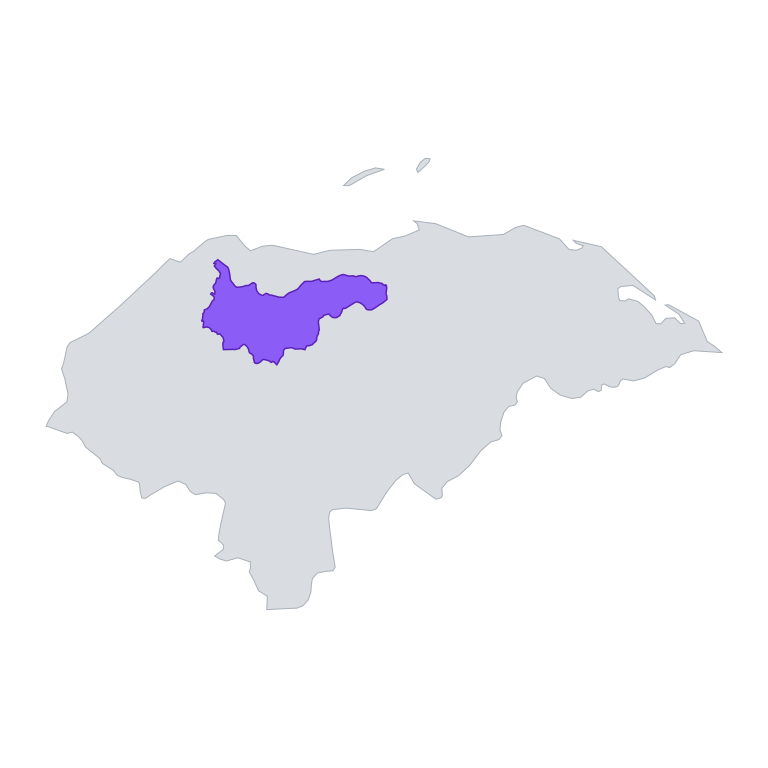 Yoro highlighted on a map of Honduras
{"feature_id": "HND-643", "entity_name": "Yoro", "entity_type": "Department", "adm_level": 1, "iso_a3": "HND", "parent_name": "Honduras", "parent_adm1": "", "projection": "natural_earth1", "projection_center": [-87.221, 15.309], "detail": "fine", "context": "in_parent", "style": "filled", "palette": "violet", "viewbox_px": 768, "rotation_deg": 0, "n_neighbors": 0, "source": "natural_earth", "source_scale": "10m", "svg_char_len": 6609}
<svg xmlns="http://www.w3.org/2000/svg" viewBox="0 0 768 768"><path d="M721.9,352.6L693.9,350.7L680.7,354.7L674.9,363.5L669.9,367.5L665.8,366.6L657.4,370.1L644.7,378.0L633.3,380.9L623.1,379.0L620.2,381.0L619.4,383.6L617.9,386.1L613.9,387.4L609.4,386.7L604.3,383.9L601.6,385.1L601.3,390.3L598.5,391.6L593.3,389.2L587.5,391.1L580.9,397.2L571.8,398.5L560.0,395.0L550.8,388.3L544.3,378.5L536.6,376.0L523.0,383.3L517.3,391.9L516.1,397.1L517.4,401.8L515.0,405.0L508.7,406.5L503.9,412.3L500.6,422.4L500.0,430.1L502.0,435.6L498.8,439.6L490.6,442.1L480.8,450.8L469.6,465.5L458.4,475.8L447.3,481.6L441.9,488.1L442.3,495.2L441.6,497.4L439.5,498.3L435.9,499.2L414.4,483.8L408.2,473.0L402.9,474.6L396.1,480.1L386.6,492.2L376.4,508.7L371.5,510.6L346.1,508.1L332.6,509.6L329.9,511.8L328.6,517.8L329.4,525.9L333.1,555.0L335.2,567.0L333.1,570.7L326.3,571.3L317.4,573.0L312.5,578.4L311.4,584.1L310.9,592.0L308.1,600.1L302.6,606.0L297.1,608.1L266.8,609.6L267.3,596.2L258.5,590.7L253.5,579.5L249.2,571.9L250.6,567.3L250.2,561.9L237.9,557.8L226.3,561.0L219.6,558.9L214.7,556.0L223.2,549.4L223.7,545.3L221.0,542.4L218.3,540.4L219.1,532.9L220.8,524.0L225.5,503.3L223.8,499.7L216.1,493.4L206.3,492.8L195.5,494.7L190.3,491.5L185.7,484.4L178.1,481.0L164.4,486.7L150.0,495.3L145.5,498.4L141.9,498.0L140.2,491.6L139.5,483.9L138.6,482.1L130.9,479.4L121.9,477.4L117.4,475.3L113.0,470.1L102.3,463.4L99.9,458.5L85.5,447.1L82.6,441.5L79.3,437.4L72.4,432.1L67.0,433.4L48.8,426.9L46.1,426.3L48.6,420.6L54.4,411.7L66.9,401.9L68.0,394.0L64.8,378.7L61.5,368.8L63.3,364.4L67.2,346.6L70.2,342.5L88.4,333.5L90.0,332.3L104.3,319.7L120.2,305.7L136.7,290.3L155.1,273.1L165.2,263.0L169.9,258.6L180.5,262.2L188.8,254.1L193.6,251.3L204.9,241.6L208.3,239.4L227.2,235.4L236.3,235.5L244.2,245.4L250.5,250.8L262.4,246.2L272.4,245.2L313.6,254.4L329.9,250.3L360.0,249.4L373.5,251.7L392.5,238.7L404.8,236.1L419.2,230.0L417.2,223.7L413.8,220.9L435.7,223.7L468.4,236.9L503.2,234.5L515.7,227.4L523.8,225.3L559.5,238.9L568.9,249.3L576.2,250.3L581.9,248.0L583.4,245.8L576.4,243.5L573.2,240.3L601.3,246.7L654.4,295.9L655.5,300.0L632.9,285.4L620.9,286.5L617.8,288.8L618.5,296.8L619.6,300.5L624.8,301.0L628.5,298.8L637.9,301.4L644.1,306.7L651.6,314.8L656.1,323.6L661.0,323.7L665.7,318.4L674.7,317.8L680.6,323.7L684.7,323.4L678.9,314.2L665.2,305.1L668.5,304.7L698.7,321.1L707.3,341.6L714.5,346.3L721.9,352.6ZM366.5,175.7L349.1,185.7L343.6,185.5L351.6,177.8L364.5,171.2L375.4,167.9L384.4,169.3L366.5,175.7ZM426.1,165.1L417.9,172.5L416.4,169.1L420.3,162.3L425.3,158.4L430.2,158.8L429.0,161.7L426.1,165.1Z" fill="#d9dde1" stroke="#a8b0b8" stroke-width="1"/><path d="M217.8,259.7L225.8,265.9L227.6,267.0L228.7,269.4L229.7,273.8L229.9,275.7L230.4,279.6L230.8,280.4L231.1,281.0L235.4,286.5L237.1,287.3L242.0,286.8L246.6,285.4L248.1,285.7L252.4,282.9L252.9,282.7L253.9,282.8L255.8,284.2L256.0,285.5L256.0,287.2L256.6,290.4L257.4,291.7L258.2,292.9L258.8,293.5L259.8,294.2L261.4,295.1L261.9,295.3L262.6,295.4L263.2,295.2L263.8,294.8L264.3,294.4L264.9,294.1L265.5,293.7L266.2,293.4L267.0,293.6L268.3,294.1L269.3,294.9L270.3,295.1L271.4,295.1L279.2,297.2L283.7,297.3L284.2,296.9L285.3,295.8L288.6,293.1L295.7,290.2L297.6,289.0L298.7,288.0L300.4,285.7L304.5,281.6L306.5,281.3L311.4,281.4L319.2,279.0L320.5,281.1L322.5,281.6L324.2,281.4L327.6,281.4L329.9,280.8L332.6,279.7L337.2,276.8L339.5,275.7L341.8,274.8L343.1,274.5L344.9,274.9L348.8,276.1L352.8,275.8L353.9,276.0L355.0,276.6L356.0,276.6L356.9,276.5L357.6,276.2L358.4,275.9L361.1,275.6L364.1,276.1L366.5,277.3L369.7,280.3L371.0,282.0L371.2,282.5L371.8,282.7L372.9,282.8L378.1,282.5L380.9,283.3L381.5,283.3L381.8,283.4L382.1,283.5L382.3,283.7L382.7,284.0L383.0,284.5L383.3,284.8L383.6,284.9L384.0,285.0L384.3,285.1L384.5,285.3L384.6,285.5L384.8,285.5L384.9,285.3L385.1,285.0L385.4,284.8L385.8,284.9L386.2,285.2L386.5,286.3L386.7,288.0L386.0,293.7L386.1,294.4L386.8,296.0L387.0,299.4L382.1,303.4L380.7,304.0L374.7,308.1L371.9,309.7L370.4,309.9L367.8,309.8L366.6,309.3L365.9,308.7L365.6,308.0L365.1,307.1L364.2,306.0L363.2,304.9L361.8,303.9L360.2,302.9L357.6,302.0L356.4,302.0L355.0,302.4L345.8,308.1L345.0,308.5L344.4,308.4L343.9,308.3L343.5,308.2L342.9,308.7L342.5,309.4L341.4,312.7L340.5,313.9L339.8,315.7L338.7,316.1L337.7,317.0L337.0,317.4L336.1,317.6L334.1,317.7L332.9,317.4L332.0,317.1L328.7,314.0L323.6,315.3L323.4,316.3L322.4,317.1L322.0,317.3L320.4,318.3L319.7,318.4L319.2,318.8L318.9,319.3L318.5,321.1L318.4,322.1L319.3,329.8L318.4,332.0L318.4,332.4L318.5,332.9L318.5,333.4L318.3,334.1L317.5,335.5L317.0,336.6L316.8,337.5L316.7,338.4L316.7,339.2L316.5,340.2L315.9,341.3L314.3,342.6L312.1,344.8L308.8,345.8L308.0,345.7L307.5,345.6L306.8,346.1L306.4,346.5L304.9,349.7L301.2,348.8L295.4,349.1L293.7,348.5L292.8,348.0L291.6,347.7L290.5,347.7L285.3,348.4L283.4,350.3L283.5,351.6L283.3,354.2L283.2,355.0L282.8,355.7L280.6,357.8L279.5,359.7L278.9,361.4L276.8,364.8L273.8,361.8L273.1,361.6L272.5,361.4L271.8,362.2L271.2,362.4L270.5,362.0L269.7,361.2L269.2,360.9L265.3,359.7L262.7,359.5L260.6,361.8L257.9,363.4L256.3,363.4L255.1,363.1L254.6,362.7L254.3,362.4L254.3,362.1L254.3,361.8L254.3,361.5L254.0,360.7L253.9,360.1L253.6,359.2L253.4,358.5L253.4,357.9L253.5,356.7L253.4,356.1L253.0,355.3L252.4,355.0L252.0,354.2L251.6,353.9L250.5,353.5L250.0,353.1L249.5,352.6L249.2,352.1L249.0,351.5L248.7,350.0L248.4,348.8L247.2,346.9L246.4,345.9L245.0,344.8L244.3,344.5L243.8,344.4L243.5,344.4L243.1,344.6L239.9,347.3L239.6,348.4L234.8,349.6L233.6,349.4L223.4,349.6L222.8,343.9L222.9,343.1L223.2,342.1L223.6,341.8L223.8,341.3L223.8,340.7L223.7,339.7L223.2,338.4L223.1,337.5L219.9,333.9L218.2,334.3L217.7,334.2L217.1,333.9L216.8,332.7L216.4,332.1L215.2,332.1L214.9,332.0L214.5,331.6L214.0,331.3L212.4,331.3L211.8,331.2L211.5,330.6L211.4,330.1L211.1,329.5L210.7,329.0L209.0,327.5L207.9,327.2L205.8,327.0L203.5,327.7L203.0,327.4L203.0,326.8L203.4,325.6L203.3,324.7L203.7,322.9L203.6,321.4L203.6,321.2L203.3,321.0L202.6,321.4L202.2,321.4L201.7,320.5L202.7,318.6L202.5,317.3L202.8,316.5L202.9,315.6L202.9,314.7L202.8,313.9L204.1,312.3L204.3,311.7L204.3,311.2L204.2,310.8L204.1,310.4L204.3,310.0L204.8,309.7L206.3,309.3L206.9,308.8L207.9,308.0L208.4,307.7L208.8,307.3L209.6,306.2L212.3,301.1L213.9,299.6L214.3,298.6L213.9,296.8L212.8,295.6L211.5,294.8L210.7,294.1L211.4,292.9L212.6,292.9L213.8,293.9L214.7,294.1L215.0,291.8L214.4,290.1L213.5,288.6L213.1,286.8L214.3,284.4L215.4,283.6L216.0,281.8L216.4,279.7L217.1,278.0L217.5,278.0L218.1,278.3L218.9,278.4L219.6,278.0L219.5,277.5L220.3,274.2L220.6,273.8L218.9,270.9L216.1,268.3L214.3,266.0L215.9,263.9L213.9,263.4L214.5,262.2L217.8,259.7Z" fill="#8b5cf6" stroke="#5b21b6" stroke-width="1.5"/></svg>